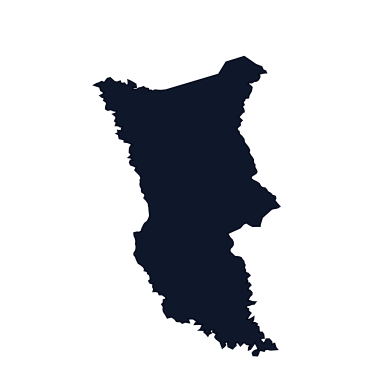 outline of Roncador, Paraná, Brazil, rotated 104°
{"feature_id": "56859067B4447919302568", "entity_name": "Roncador", "entity_type": "district", "adm_level": 2, "iso_a3": "BRA", "parent_name": "Brazil", "parent_adm1": "Paraná", "projection": "equal_earth", "projection_center": [-52.226, -24.572], "detail": "fine", "context": "isolated", "style": "filled", "palette": "ink", "viewbox_px": 384, "rotation_deg": 104, "n_neighbors": 0, "source": "geoboundaries", "source_scale": "gbopen_adm2", "svg_char_len": 4944}
<svg xmlns="http://www.w3.org/2000/svg" viewBox="0 0 384 384"><g transform="rotate(104 192 192)"><path d="M184.8,103.4L182.8,106.4L180.2,109.8L178.0,109.3L176.1,110.2L175.9,113.3L174.4,115.3L173.4,118.9L172.0,120.0L170.5,122.2L170.9,124.3L170.1,126.7L167.7,128.9L166.7,131.4L165.9,135.6L164.5,138.3L162.1,138.0L158.3,134.4L156.6,134.0L155.1,135.1L152.8,137.2L150.3,137.7L149.1,139.4L147.5,139.9L145.8,140.3L144.1,141.9L142.4,144.1L140.0,146.3L137.6,146.3L135.6,147.8L132.9,151.1L131.3,153.3L128.2,154.5L126.0,157.2L124.4,160.1L122.1,161.0L120.8,163.2L119.0,163.8L117.4,162.7L115.6,161.4L112.9,162.3L110.4,160.8L109.3,162.8L108.1,165.0L105.0,163.3L102.9,162.3L101.5,160.9L99.3,161.9L96.9,164.1L94.8,162.6L92.3,164.5L90.4,163.2L88.1,163.2L87.0,160.1L84.3,160.2L79.5,158.9L77.6,159.1L75.8,159.2L74.6,161.6L73.9,163.8L72.1,163.2L71.5,160.5L69.5,158.3L68.7,156.2L67.2,154.9L65.1,154.2L63.2,154.2L61.9,156.0L60.5,154.0L59.3,151.7L58.3,148.7L56.8,149.9L56.5,152.5L53.7,154.7L53.0,160.8L48.0,174.1L57.8,190.3L61.4,191.4L71.4,194.6L99.6,242.3L101.3,247.3L101.8,250.4L102.1,252.7L103.8,254.3L103.2,256.4L104.0,258.4L102.3,259.5L102.6,262.3L101.6,264.5L103.0,266.3L104.1,268.7L106.0,270.6L106.7,274.2L104.7,274.7L103.8,271.5L101.0,272.7L100.3,275.1L99.3,278.6L98.9,281.1L100.8,280.3L103.2,279.7L104.6,281.8L102.7,283.8L104.0,286.9L101.8,288.5L103.6,291.1L103.9,293.7L101.0,299.0L102.4,301.5L104.4,302.4L107.2,303.5L106.7,306.3L108.8,308.7L109.9,310.6L112.0,312.9L112.4,306.8L115.5,305.1L116.9,301.2L118.7,302.1L120.7,304.5L121.6,302.6L122.1,299.4L124.5,299.8L125.7,296.6L127.5,296.0L129.5,296.3L132.2,295.9L133.0,293.7L131.6,290.7L132.1,287.5L131.7,284.9L134.0,284.8L135.6,287.5L136.7,284.9L138.4,283.3L140.1,283.8L141.9,284.1L142.8,282.0L146.0,282.3L145.4,279.7L146.1,277.4L145.4,275.3L147.7,275.6L149.9,275.3L150.3,278.9L152.3,277.8L153.6,279.4L154.0,277.1L155.9,276.3L157.7,275.4L157.6,273.1L157.7,270.3L159.8,269.8L159.4,265.9L159.9,263.4L160.7,261.4L162.5,262.7L164.4,263.1L166.7,262.7L168.8,262.3L170.1,259.9L171.8,260.4L173.9,261.9L173.7,259.0L175.3,257.2L176.2,259.4L178.4,259.7L180.5,258.1L180.7,255.6L181.3,252.2L183.0,252.2L184.6,252.6L186.6,249.3L188.3,246.6L190.7,244.7L192.9,245.1L195.0,244.3L196.9,244.3L199.0,243.3L201.0,241.5L202.7,241.3L204.3,240.4L205.1,237.7L207.0,236.5L209.4,237.1L211.0,234.5L213.5,231.6L216.2,230.5L217.9,229.7L219.5,229.3L223.7,227.7L225.4,227.2L227.2,227.3L231.3,228.1L233.4,229.9L234.9,230.6L237.1,231.1L239.7,231.6L242.4,231.7L244.0,233.5L244.4,235.9L245.8,238.4L248.6,237.3L250.4,235.8L253.0,234.5L256.1,234.0L257.9,233.0L260.2,232.5L262.5,232.4L264.8,233.3L266.9,233.1L268.4,231.1L271.5,229.0L274.1,226.8L274.9,224.1L276.4,220.9L278.2,219.2L279.8,219.2L279.8,216.0L281.9,215.3L282.6,213.1L284.7,212.0L287.1,211.1L288.7,212.4L290.4,210.8L290.6,207.4L293.5,207.1L295.4,205.5L297.9,205.6L297.1,202.9L297.2,200.5L299.5,198.9L298.7,196.3L300.0,192.6L301.7,190.8L303.6,193.6L306.2,192.9L308.3,194.1L310.2,191.9L312.8,191.6L314.9,190.6L317.3,188.0L320.1,185.4L318.8,183.3L318.1,181.2L319.4,177.9L321.2,175.7L320.5,171.7L321.6,169.7L319.8,167.4L319.4,163.0L317.6,164.3L315.8,164.9L314.7,160.3L315.7,157.4L318.5,153.2L318.1,149.5L321.0,150.2L322.8,150.4L324.2,151.6L323.5,148.3L322.9,145.8L325.0,146.4L326.2,143.9L327.8,141.8L325.8,141.4L324.3,139.4L322.9,141.2L320.8,140.1L320.8,137.2L322.8,138.1L323.6,133.8L327.2,134.7L328.7,132.8L330.5,128.5L336.0,124.8L333.8,123.1L332.2,122.5L330.3,124.2L328.5,121.3L333.3,119.5L334.3,114.7L332.2,113.6L330.3,112.2L328.2,113.5L326.8,111.0L329.5,107.8L326.9,106.3L325.1,105.1L326.6,102.2L326.3,98.3L329.1,99.3L331.5,98.9L330.3,97.3L327.9,96.4L325.3,95.4L322.7,94.5L327.0,90.8L328.9,89.6L330.4,92.3L332.0,93.8L333.7,94.4L335.8,93.1L335.0,88.9L332.2,88.4L330.3,88.4L328.9,87.3L329.0,83.5L327.2,83.0L326.2,80.9L326.2,77.6L324.1,71.1L322.6,73.1L320.8,74.2L319.0,75.2L320.6,77.6L318.0,78.6L316.0,81.5L316.7,84.3L321.7,85.3L319.4,89.4L317.2,90.0L316.3,86.8L312.9,88.1L311.2,90.0L311.9,92.7L309.6,93.7L306.7,94.6L306.1,97.4L304.2,96.8L303.6,99.1L304.3,102.2L301.0,101.5L298.3,101.9L300.4,103.8L302.0,105.7L302.2,108.1L298.5,106.9L295.2,105.6L293.7,108.7L291.7,108.9L291.3,111.5L289.2,111.6L288.1,109.2L286.4,106.8L285.6,104.6L283.3,103.6L284.0,107.0L283.6,109.2L283.9,111.7L281.4,111.2L279.2,110.6L277.1,109.2L275.2,109.5L273.6,111.7L273.2,114.3L270.5,113.9L268.1,112.4L266.4,114.4L267.3,117.2L264.9,116.4L263.0,118.2L261.0,117.1L259.0,115.6L257.4,117.9L257.3,120.6L254.6,121.5L252.6,123.2L250.1,122.9L248.7,124.2L246.6,125.2L245.5,127.0L243.9,128.4L243.7,130.9L244.3,134.9L242.4,138.0L241.3,140.3L239.2,141.4L237.3,141.2L235.6,140.1L233.3,139.3L230.7,140.0L228.8,141.5L227.2,144.1L225.4,145.9L223.7,147.5L215.0,136.6L210.5,134.3L208.6,131.6L209.6,129.1L210.6,124.8L209.8,122.1L209.2,120.0L208.8,117.8L206.6,118.1L199.7,117.7L189.2,110.6L187.8,107.8L186.8,105.5L184.8,103.4ZM318.5,153.2L318.1,156.9L319.8,157.4L318.5,153.2Z" fill="#0f172a" stroke="#020617" stroke-width="1.5"/></g></svg>